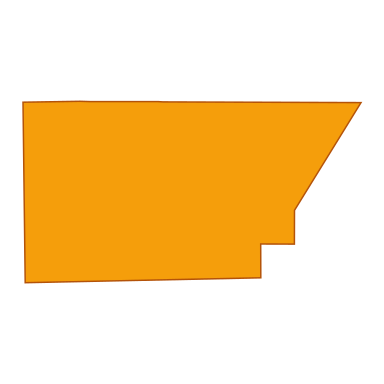 De Witt, Illinois, United States of America
{"feature_id": "52423323B29200819911561", "entity_name": "De Witt", "entity_type": "district", "adm_level": 2, "iso_a3": "USA", "parent_name": "United States of America", "parent_adm1": "Illinois", "projection": "equal_earth", "projection_center": [-88.9, 40.166], "detail": "fine", "context": "isolated", "style": "filled", "palette": "amber", "viewbox_px": 384, "rotation_deg": 0, "n_neighbors": 0, "source": "geoboundaries", "source_scale": "gbopen_adm2", "svg_char_len": 271}
<svg xmlns="http://www.w3.org/2000/svg" viewBox="0 0 384 384"><path d="M25.2,282.7L260.8,277.8L260.7,244.0L294.4,244.1L294.5,210.3L361.0,102.6L163.1,101.9L158.0,101.6L90.2,101.6L80.0,101.3L23.0,102.2L25.2,282.7Z" fill="#f59e0b" stroke="#b45309" stroke-width="1.5"/></svg>